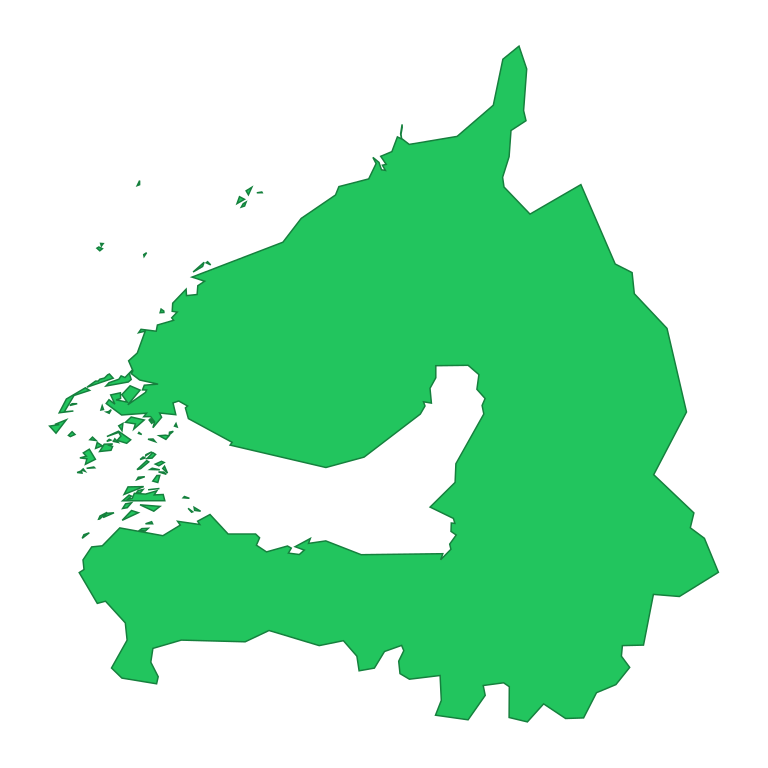 Dalabyggð, Vesturland, Iceland
{"feature_id": "244011B70126368142347", "entity_name": "Dalabyggð", "entity_type": "district", "adm_level": 2, "iso_a3": "ISL", "parent_name": "Iceland", "parent_adm1": "Vesturland", "projection": "albers", "projection_center": [-22.364, 65.186], "detail": "fine", "context": "isolated", "style": "filled", "palette": "green", "viewbox_px": 768, "rotation_deg": 0, "n_neighbors": 0, "source": "geoboundaries", "source_scale": "gbopen_adm2", "svg_char_len": 6122}
<svg xmlns="http://www.w3.org/2000/svg" viewBox="0 0 768 768"><path d="M718.4,572.3L704.4,538.3L690.3,527.8L693.9,512.9L653.7,474.7L686.5,412.0L667.0,328.4L634.3,293.7L632.1,272.6L615.2,264.0L580.9,184.6L530.0,214.1L504.0,187.0L502.6,177.3L509.1,156.7L511.0,130.5L526.0,120.7L523.6,110.6L526.7,69.0L519.0,46.1L502.9,59.2L493.3,105.2L457.1,136.4L409.2,144.4L401.6,138.5L401.0,134.3L402.2,127.4L402.1,124.4L400.6,133.9L401.5,138.9L397.4,136.9L391.9,151.6L380.7,156.3L386.2,164.4L382.4,165.2L385.4,170.4L381.5,169.8L379.0,162.4L372.9,157.4L376.1,163.6L368.7,178.9L338.9,186.6L335.5,195.0L301.2,218.4L282.9,242.2L192.0,277.1L204.6,281.2L197.8,285.7L197.1,294.5L186.5,295.6L186.1,289.2L172.7,303.2L172.2,311.3L177.2,312.1L171.7,317.8L173.6,320.3L157.4,325.0L156.2,331.2L141.0,329.3L138.6,332.7L145.2,331.2L137.3,353.0L128.6,360.8L132.5,369.8L125.0,377.5L121.1,375.9L118.9,379.2L109.0,382.7L106.0,386.0L128.3,382.0L131.2,379.5L129.3,373.3L133.1,370.3L131.4,373.7L139.7,380.0L158.1,384.1L144.3,385.2L142.5,389.9L146.6,390.0L145.5,392.4L127.8,404.8L140.1,390.1L130.1,385.8L121.9,394.6L127.2,402.1L116.1,399.9L120.6,398.5L120.4,392.8L110.7,394.9L114.9,404.2L109.0,399.7L106.2,403.5L121.6,415.0L146.5,413.2L143.7,416.7L150.6,416.6L154.6,421.8L152.9,427.7L161.6,417.3L159.6,413.0L175.8,414.7L173.0,402.9L178.7,401.0L187.6,406.0L185.4,407.9L188.4,418.6L232.1,442.3L230.1,445.1L325.9,467.5L364.1,457.1L420.3,414.1L425.0,406.0L423.5,401.8L431.4,403.1L430.0,388.3L435.8,377.8L435.8,365.7L468.1,365.3L478.9,374.6L476.9,389.3L485.1,398.5L482.1,405.5L483.8,414.0L455.9,463.7L455.1,482.4L430.1,507.1L453.4,518.4L454.9,523.4L451.3,523.0L451.0,531.4L456.2,535.0L449.7,544.1L450.9,549.3L440.6,559.8L442.8,553.7L361.2,554.7L325.8,540.9L308.5,543.4L310.3,538.5L295.1,546.7L304.3,550.1L299.3,554.5L288.4,553.1L291.3,548.1L287.5,546.0L266.5,551.9L256.4,545.2L259.6,537.8L255.6,534.0L228.1,534.0L210.0,514.5L197.6,521.2L199.8,524.5L177.6,521.3L180.3,525.1L162.9,535.7L119.8,527.9L102.3,545.8L91.7,546.9L83.0,559.9L84.0,569.5L79.2,572.6L97.3,603.4L105.5,601.2L125.3,622.9L127.1,640.2L111.5,668.0L121.9,678.1L156.6,683.8L158.2,676.7L150.8,662.2L152.9,648.4L181.3,640.1L245.2,641.8L269.0,630.5L319.2,645.6L343.4,640.7L356.9,656.2L359.1,670.8L374.4,668.1L384.5,651.5L401.6,645.4L403.8,650.7L398.7,661.2L400.0,673.6L409.4,679.2L440.1,675.5L441.3,700.4L435.5,715.2L468.1,719.8L485.2,695.4L483.2,685.5L503.6,682.8L509.3,686.7L509.1,717.5L527.4,721.9L543.6,703.9L565.6,718.5L583.6,717.9L596.5,692.7L615.9,684.6L629.7,667.4L621.4,656.2L622.4,645.6L643.5,645.1L653.4,594.4L679.4,596.5L718.4,572.3ZM156.8,490.8L145.5,494.1L134.4,493.3L132.2,498.4L127.7,499.4L131.4,496.1L129.1,495.1L122.6,500.8L164.8,500.7L163.2,494.5L154.2,494.9L156.8,490.8ZM85.4,387.8L66.4,399.0L59.2,412.8L73.4,411.0L64.3,411.8L74.0,395.5L89.6,390.4L85.4,387.8ZM89.3,449.2L83.3,452.9L86.3,456.2L79.9,457.9L86.9,458.8L85.4,464.3L95.4,459.3L89.3,449.2ZM113.2,378.2L109.4,374.0L107.7,374.8L104.5,378.0L99.8,379.2L98.2,381.1L95.5,381.1L87.0,387.2L113.2,378.2ZM118.5,431.2L106.9,436.5L118.7,432.4L120.9,436.1L117.2,440.4L126.7,443.3L130.7,439.8L118.5,431.2ZM144.2,420.0L131.2,417.0L125.5,422.3L135.4,423.9L133.8,429.1L144.2,420.0ZM143.7,486.6L128.0,486.9L124.1,494.4L143.7,486.6ZM66.3,419.8L54.9,424.4L59.3,424.6L49.6,426.1L56.0,433.2L66.3,419.8ZM160.0,506.4L140.0,504.8L153.8,511.2L160.0,506.4ZM138.4,512.7L131.5,510.5L122.2,520.3L138.4,512.7ZM112.7,443.9L104.2,444.2L99.6,451.5L111.0,450.3L112.6,446.4L109.2,445.4L112.7,443.9ZM193.1,272.0L202.6,266.5L204.1,262.3L193.1,272.0ZM159.5,488.5L151.9,489.3L148.1,489.8L159.5,488.5ZM169.0,435.8L165.5,435.2L159.1,435.7L165.9,439.4L169.0,435.8ZM159.8,475.4L156.9,475.5L152.8,481.1L157.8,482.5L159.8,475.4ZM159.8,469.8L152.2,468.2L150.0,469.5L159.8,469.8ZM148.8,461.9L146.7,460.6L137.0,469.6L140.6,468.7L148.8,461.9ZM114.0,512.8L106.7,513.3L103.2,517.5L114.0,512.8ZM131.5,502.8L125.6,503.8L122.6,508.5L127.3,507.7L131.5,502.8ZM155.6,454.4L152.8,452.6L147.2,458.5L152.1,458.1L155.6,454.4ZM151.6,521.7L145.5,523.8L152.6,523.8L151.6,521.7ZM102.3,445.8L97.2,442.5L95.6,448.4L102.3,445.8ZM248.4,194.8L251.8,187.3L246.1,190.8L248.4,194.8ZM164.2,462.5L161.5,461.3L155.3,464.1L158.9,465.8L164.2,462.5ZM122.0,430.7L122.9,423.4L118.7,425.8L122.0,430.7ZM93.8,467.0L86.6,468.3L94.6,467.8L93.8,467.0ZM167.5,473.1L164.5,466.2L162.7,468.5L167.5,473.1ZM244.5,199.3L239.5,196.7L237.0,203.6L244.5,199.3ZM75.0,434.5L72.1,431.7L68.4,435.4L70.3,436.6L75.0,434.5ZM96.1,440.5L92.5,437.1L89.9,439.7L96.1,440.5ZM148.3,528.3L141.9,528.6L139.4,530.4L145.5,530.9L148.3,528.3ZM163.9,312.5L163.8,311.0L161.1,309.1L160.1,312.7L163.9,312.5ZM143.1,489.5L138.1,490.6L136.9,492.2L140.0,493.2L143.1,489.5ZM163.7,472.1L158.5,471.9L166.3,474.3L163.7,472.1ZM102.4,248.7L98.8,247.0L96.9,248.2L99.8,250.8L102.4,248.7ZM151.8,451.8L145.9,454.7L145.7,455.7L151.8,451.8ZM200.6,511.2L194.1,507.3L194.6,510.4L200.6,511.2ZM144.8,476.7L138.3,477.2L136.8,479.7L144.8,476.7ZM153.1,439.0L148.0,439.2L155.3,441.7L153.1,439.0ZM77.2,403.7L72.1,403.7L69.8,405.5L77.2,403.7ZM153.6,421.7L149.8,418.5L151.6,421.8L148.7,419.5L151.7,423.4L153.6,421.7ZM145.0,458.0L143.1,457.0L140.1,459.5L145.0,458.0ZM107.2,512.3L100.0,516.0L98.6,519.2L99.7,519.0L107.2,512.3ZM118.2,442.4L114.8,438.8L113.4,441.4L118.2,442.4ZM261.8,192.0L256.8,192.8L262.2,192.7L261.8,192.0ZM192.7,511.8L188.1,508.3L191.6,512.2L192.7,511.8ZM177.2,427.0L176.0,423.5L174.5,426.1L177.2,427.0ZM81.5,470.9L77.1,472.5L82.0,473.1L81.5,470.9ZM144.1,256.5L146.6,252.7L143.7,254.6L144.1,256.5ZM111.2,409.7L108.4,411.7L106.4,412.0L109.2,413.3L111.2,409.7ZM110.9,440.1L109.2,439.3L106.8,441.4L110.9,440.1ZM103.5,409.5L102.2,405.8L100.9,410.0L103.5,409.5ZM85.1,471.3L83.2,468.9L81.9,470.1L85.1,471.3ZM139.6,184.7L139.6,180.6L137.2,185.6L139.6,184.7ZM82.2,538.3L89.3,532.8L83.9,534.7L82.2,538.3ZM189.4,498.3L184.4,496.5L183.2,497.8L189.4,498.3ZM173.3,431.3L169.5,432.2L169.2,434.8L173.3,431.3ZM141.7,434.5L139.0,432.4L138.4,433.4L141.7,434.5ZM101.4,246.0L103.2,243.6L100.6,243.4L101.4,246.0ZM246.1,202.0L243.2,203.7L241.3,207.1L244.6,206.0L246.1,202.0ZM210.7,264.9L207.6,261.7L206.2,262.8L210.7,264.9Z" fill="#22c55e" stroke="#15803d" stroke-width="1.5"/></svg>